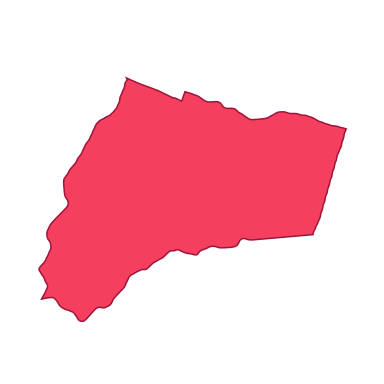 Duvergé, Independencia, Dominican Republic (Natural Earth projection), rotated 85°
{"feature_id": "3306468B24836928118485", "entity_name": "Duvergé", "entity_type": "district", "adm_level": 2, "iso_a3": "DOM", "parent_name": "Dominican Republic", "parent_adm1": "Independencia", "projection": "natural_earth1", "projection_center": [-71.582, 18.345], "detail": "fine", "context": "isolated", "style": "filled", "palette": "rose", "viewbox_px": 384, "rotation_deg": 85, "n_neighbors": 0, "source": "geoboundaries", "source_scale": "gbopen_adm2", "svg_char_len": 4717}
<svg xmlns="http://www.w3.org/2000/svg" viewBox="0 0 384 384"><g transform="rotate(85 192 192)"><path d="M142.6,32.8L141.7,35.0L140.7,38.3L139.2,41.8L138.8,43.2L138.3,45.9L138.0,47.3L136.4,50.7L135.5,53.3L133.7,56.7L133.0,58.5L132.4,59.8L131.6,61.0L129.5,63.8L128.4,65.6L127.4,68.1L125.8,71.5L125.4,72.9L125.0,75.6L124.6,76.9L123.4,79.9L123.0,81.1L122.8,82.5L122.4,86.8L122.1,88.2L121.7,89.4L120.4,92.4L120.1,93.7L120.0,95.1L119.9,97.3L120.0,98.7L120.2,100.1L120.7,101.4L122.1,104.3L123.1,106.8L124.5,109.7L124.9,111.0L125.1,112.4L125.3,116.3L125.3,123.2L125.2,125.5L124.9,127.0L124.7,127.7L124.0,129.0L123.2,130.2L118.9,135.2L118.1,136.3L116.8,138.5L116.4,138.9L114.3,140.6L113.5,141.5L112.8,142.5L112.6,143.1L112.2,144.4L111.7,150.0L111.3,151.3L110.7,152.4L110.3,152.9L109.4,153.7L108.5,154.3L106.9,155.2L106.0,155.9L105.2,156.8L104.6,157.9L104.3,158.6L104.1,159.9L104.0,161.4L103.9,166.4L103.7,167.8L103.3,169.2L102.7,170.5L101.9,171.7L98.1,176.2L97.2,177.4L96.5,178.6L95.4,181.1L93.7,184.5L92.8,187.1L91.4,190.2L100.6,194.4L97.1,200.2L96.4,203.0L93.3,208.2L92.2,210.0L89.8,214.0L88.7,215.8L85.2,222.8L81.7,230.3L79.6,234.7L75.4,242.5L74.8,243.6L73.7,245.4L72.7,247.3L72.9,247.2L74.6,246.8L76.5,248.4L77.6,249.1L78.8,249.5L81.2,250.1L82.4,250.5L85.5,252.3L87.8,253.4L89.8,254.6L90.9,255.2L92.1,255.6L94.5,256.1L95.7,256.5L96.8,257.0L98.8,258.3L100.5,259.1L101.6,259.7L103.2,261.1L105.1,263.1L106.9,265.2L108.1,266.9L108.8,268.1L109.7,270.7L111.1,273.5L112.1,276.0L112.6,277.2L113.3,278.3L114.1,279.4L115.9,281.3L117.4,282.4L119.7,283.5L122.7,285.4L125.0,286.4L128.1,288.4L130.3,289.5L131.8,290.6L134.6,293.2L135.6,294.0L136.6,294.6L138.3,295.5L141.4,297.4L143.1,298.2L144.2,298.9L145.1,299.6L147.9,302.2L148.9,303.0L151.6,304.5L152.7,305.3L154.2,306.7L157.5,310.2L159.0,311.6L160.0,312.4L162.7,314.0L163.7,314.8L166.5,317.3L167.5,318.1L168.0,318.4L168.6,318.6L169.9,318.9L171.8,319.1L179.8,319.2L183.1,319.1L185.0,318.8L186.2,318.4L188.8,317.0L189.9,316.5L190.5,316.4L191.8,316.3L193.0,316.4L193.6,316.5L194.2,316.7L195.4,317.4L196.9,318.8L208.7,332.4L210.2,334.0L211.7,335.5L213.3,336.7L215.5,337.9L217.5,339.1L218.6,339.7L219.8,340.1L221.1,340.2L222.4,340.3L223.7,340.2L225.0,340.0L226.2,339.7L228.7,338.2L229.3,337.9L230.5,337.5L231.7,337.4L233.7,337.3L235.0,337.4L236.2,337.7L237.4,338.2L239.9,339.8L242.2,340.8L244.7,342.5L246.9,343.7L248.0,344.3L249.5,345.7L252.7,349.2L253.7,350.1L254.6,350.8L255.2,351.1L255.7,351.2L256.2,351.1L256.7,351.0L260.3,349.3L263.9,347.2L265.1,346.7L268.1,346.0L269.2,345.5L271.2,344.4L272.4,344.1L273.0,344.1L273.6,344.1L274.7,344.5L277.2,345.9L279.5,347.1L282.5,349.2L285.6,351.2L285.0,346.6L284.8,342.9L284.9,341.5L285.0,340.2L285.4,339.0L285.7,338.5L286.6,337.7L289.9,335.5L292.2,334.5L293.2,333.9L294.2,333.2L295.2,332.3L296.4,330.8L297.5,329.2L298.1,328.0L299.0,325.5L301.0,321.7L301.6,320.7L302.5,320.0L305.5,318.2L306.5,317.6L308.7,316.7L309.7,316.0L310.5,315.0L311.1,313.9L311.2,313.2L311.3,312.5L311.2,311.8L311.1,311.2L310.8,310.5L310.5,309.9L309.8,308.9L308.0,306.8L301.4,299.8L300.1,298.2L299.4,297.1L298.9,295.9L298.7,294.5L298.9,293.3L299.7,290.7L299.7,289.6L299.5,288.5L298.2,285.0L297.9,284.4L297.2,283.3L295.9,282.0L294.8,281.4L292.7,280.2L291.1,278.9L288.7,276.4L282.7,269.6L281.4,268.2L280.4,267.4L279.4,266.7L277.1,265.6L274.6,264.0L271.9,262.6L270.9,261.8L269.7,260.4L269.1,259.2L268.1,256.8L266.7,253.9L265.0,249.2L264.9,248.2L265.1,245.7L265.1,245.2L264.8,244.0L263.7,242.3L260.5,238.4L259.2,236.6L258.6,235.3L257.8,233.4L256.4,230.6L255.4,228.1L254.8,226.8L253.5,225.0L249.8,220.5L249.2,219.4L248.9,218.8L248.8,218.2L248.8,217.6L249.0,215.2L248.8,214.2L248.3,212.2L248.3,211.1L248.4,210.5L248.8,209.6L250.0,208.0L252.4,203.1L252.8,201.8L253.5,198.4L254.8,195.0L255.0,193.8L254.9,192.7L254.6,192.2L254.0,191.4L252.4,190.0L251.6,189.1L251.0,188.1L250.6,186.8L249.6,182.8L248.4,179.9L248.0,178.6L247.9,177.9L247.9,175.8L248.1,174.4L248.5,173.1L249.7,170.3L250.0,168.9L250.2,167.4L250.4,164.3L250.5,158.9L250.4,156.6L250.2,154.4L249.7,153.0L249.4,152.4L248.7,151.4L247.8,150.6L247.3,150.2L245.8,149.4L244.8,148.8L244.0,148.0L243.3,147.0L243.1,146.4L242.8,145.1L242.9,144.4L243.1,143.2L244.1,141.0L244.5,139.7L244.9,137.5L245.0,135.1L245.0,75.1L243.2,74.7L242.0,74.2L239.5,72.6L237.2,71.5L234.2,69.6L231.9,68.5L229.3,67.0L228.2,66.5L226.4,66.0L224.0,65.3L221.3,63.9L220.2,63.5L217.2,62.7L216.0,62.3L213.4,60.9L212.2,60.4L209.2,59.7L208.0,59.3L204.8,57.6L200.0,56.2L196.9,54.6L192.0,53.2L188.9,51.5L184.0,50.2L180.9,48.5L176.1,47.1L172.9,45.5L171.7,45.1L169.3,44.5L168.1,44.1L165.0,42.3L162.7,41.2L159.6,39.4L158.4,39.0L156.0,38.4L154.8,38.0L152.2,36.6L151.0,36.2L148.0,35.4L146.7,35.0L142.6,32.8Z" fill="#f43f5e" stroke="#9f1239" stroke-width="1.5"/></g></svg>